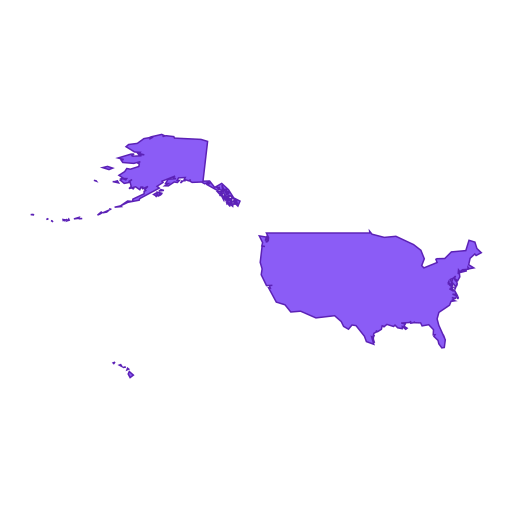 SVG path tracing the border of United States of America
{"feature_id": "USA", "entity_name": "United States of America", "entity_type": "country or territory", "adm_level": 0, "iso_a3": "USA", "parent_name": "North America", "parent_adm1": "", "projection": "robinson", "projection_center": [-126.716, 45.186], "detail": "fine", "context": "isolated", "style": "filled", "palette": "violet", "viewbox_px": 512, "rotation_deg": 0, "n_neighbors": 0, "source": "natural_earth", "source_scale": "50m", "svg_char_len": 6138}
<svg xmlns="http://www.w3.org/2000/svg" viewBox="0 0 512 512"><path d="M451.4,251.9L465.8,250.6L469.0,240.3L474.9,242.1L476.9,248.5L481.3,252.7L476.1,255.5L474.8,254.0L470.1,258.3L468.7,264.7L473.8,267.9L469.2,268.8L468.0,267.3L468.0,269.3L462.6,269.7L459.1,272.3L459.2,270.8L458.5,269.9L458.2,273.4L459.5,274.0L459.8,276.9L457.7,280.7L454.3,278.4L455.6,276.0L453.9,277.6L455.2,280.3L456.7,281.8L457.2,283.5L454.8,289.7L455.2,285.8L451.8,282.1L452.9,278.3L450.4,279.4L452.4,285.1L449.4,283.4L448.5,283.6L449.0,281.8L448.9,281.3L448.2,282.7L448.4,283.9L452.8,286.1L449.2,284.8L453.0,287.6L451.2,288.0L453.5,290.1L453.1,290.4L452.0,289.3L449.4,288.8L452.9,290.9L454.8,290.8L457.7,296.1L455.2,292.1L456.3,294.7L452.5,294.1L456.8,296.0L455.5,298.4L451.9,297.5L454.2,298.8L452.6,299.9L454.9,300.8L451.0,301.4L449.5,305.2L438.9,312.4L437.1,318.9L438.8,325.3L445.3,339.8L444.3,347.5L441.8,347.9L438.8,343.8L438.0,340.4L433.9,336.4L435.0,334.7L433.2,334.8L433.5,329.7L428.7,324.7L422.1,325.9L420.6,322.9L414.0,322.7L414.7,321.6L413.7,322.7L410.8,323.2L410.5,321.0L410.2,322.5L401.2,323.0L405.2,324.1L404.0,326.2L407.1,328.2L405.7,329.3L402.3,326.6L402.2,328.7L397.7,327.8L395.0,325.1L393.6,326.5L386.9,324.4L383.4,327.3L384.3,326.5L382.2,325.8L381.4,329.3L377.6,331.7L375.9,330.6L376.8,331.8L373.9,333.3L373.0,337.3L371.6,336.7L373.8,344.3L366.4,341.6L364.4,336.2L356.0,325.6L352.0,325.0L348.5,329.2L343.6,326.4L341.2,321.5L334.6,315.7L315.9,317.9L300.6,311.2L290.8,312.0L285.0,304.8L276.3,302.1L268.6,287.8L270.3,288.1L269.3,285.5L272.4,285.3L266.5,285.6L261.2,274.7L262.1,268.9L260.2,262.4L262.1,246.2L265.0,246.5L261.8,245.9L262.6,242.6L259.3,235.9L266.5,237.1L265.2,240.6L267.5,238.1L267.4,241.1L265.7,241.8L266.9,241.9L268.2,240.7L268.6,237.7L266.4,233.0L369.8,233.0L369.6,231.2L372.0,234.2L384.3,237.4L395.9,236.3L413.6,244.6L420.9,250.3L424.3,258.8L421.7,265.6L423.9,267.9L437.1,262.5L435.9,259.3L437.0,258.7L444.8,258.5L451.4,251.9ZM240.0,201.1L237.9,206.1L236.2,204.4L237.3,203.6L236.4,200.2L233.7,201.1L232.5,202.5L234.6,199.6L230.3,195.8L228.0,195.3L227.5,193.1L229.3,193.5L227.9,192.3L229.1,192.1L226.3,191.2L226.9,189.2L223.8,189.5L222.0,185.1L222.6,190.4L219.8,189.7L219.2,186.8L218.8,188.1L216.3,186.9L219.3,189.5L217.3,190.4L206.8,184.5L207.9,182.7L208.6,184.3L209.7,183.2L208.2,182.4L204.7,183.8L201.5,182.0L192.1,182.4L189.7,181.0L190.6,179.6L188.5,180.8L184.3,179.3L185.2,177.5L178.5,177.9L177.1,180.4L179.4,180.4L177.4,182.5L174.2,182.0L168.3,185.9L164.8,185.8L168.3,183.5L165.5,183.5L168.1,179.3L175.9,178.7L172.8,177.4L175.1,176.0L162.0,181.2L163.0,182.5L157.0,186.3L159.3,188.1L139.7,198.6L139.2,200.2L127.9,202.3L120.6,205.8L127.6,201.0L132.5,201.4L132.9,199.1L144.1,193.8L144.1,191.3L145.7,190.6L144.8,189.6L147.9,186.4L142.7,188.8L141.8,187.7L143.4,187.1L140.9,187.1L139.8,189.7L135.6,186.8L129.0,188.6L131.2,186.5L129.9,181.3L132.0,179.5L129.0,181.3L129.0,182.5L124.2,183.4L120.2,180.1L122.5,178.6L125.8,179.9L126.7,178.6L121.5,178.4L122.6,177.7L118.9,175.3L124.7,171.6L126.8,168.5L130.3,169.2L138.8,166.5L139.3,164.0L137.9,163.2L140.3,161.6L133.8,163.4L122.8,162.5L121.1,160.1L123.7,159.5L118.0,158.0L131.0,154.1L133.4,154.0L133.6,154.2L131.9,155.7L132.8,156.2L141.5,155.8L139.1,155.0L137.3,152.8L138.1,152.6L140.0,154.6L144.3,154.8L139.4,153.6L140.3,152.3L134.6,152.0L126.0,146.7L128.6,144.5L137.3,143.4L143.9,138.6L149.7,137.6L150.0,138.8L151.8,137.8L149.8,137.4L151.2,136.8L161.7,134.4L164.1,135.5L162.6,136.6L166.0,135.7L173.8,136.6L174.5,138.1L201.0,139.4L207.6,141.4L203.0,181.2L209.6,181.0L214.7,187.4L221.7,183.4L228.5,189.7L233.7,197.9L240.0,201.1ZM157.1,192.1L162.5,193.4L159.9,193.8L160.7,194.5L158.6,195.0L156.8,195.8L155.7,197.1L156.5,196.1L153.6,194.5L156.0,193.1L157.2,194.7L157.1,192.1ZM227.5,199.0L232.3,202.9L231.1,202.4L230.6,202.9L232.9,204.1L232.7,206.3L227.0,201.5L228.6,200.9L226.8,200.7L227.5,199.0ZM130.1,377.6L128.2,374.0L129.3,371.5L133.4,375.1L130.1,377.6ZM102.6,167.6L107.5,166.4L112.7,168.1L109.0,169.6L102.6,167.6ZM217.4,191.7L223.0,191.5L221.6,192.6L223.0,193.9L220.8,193.0L219.5,194.0L217.4,191.7ZM117.4,180.8L118.6,182.9L112.7,181.6L114.7,181.6L117.4,180.8ZM221.2,193.6L223.9,197.3L223.5,199.6L221.1,194.9L219.7,196.0L221.2,193.6ZM223.2,189.9L225.5,190.9L226.9,193.2L225.3,191.4L226.5,194.4L224.6,195.8L223.2,189.9ZM114.6,207.2L120.4,205.9L121.3,206.6L114.6,207.2ZM235.6,200.8L235.8,204.1L233.5,204.1L235.6,200.8ZM464.6,271.2L466.9,270.8L459.0,272.8L465.3,270.4L464.6,271.2ZM226.2,196.0L229.8,196.6L228.4,196.8L228.9,198.4L226.2,196.0ZM102.8,212.8L109.2,210.0L106.7,212.1L102.8,212.8ZM161.0,189.6L163.9,190.4L158.9,191.1L161.0,189.6ZM224.8,196.8L227.0,197.6L225.2,200.2L224.8,196.8ZM102.2,212.7L99.9,214.1L97.5,215.1L101.2,212.0L102.2,212.7ZM231.7,198.3L231.7,200.8L230.5,199.7L231.7,198.3ZM126.9,369.9L127.5,368.2L128.7,369.1L126.9,369.9ZM78.3,218.4L73.9,218.9L78.9,217.4L78.3,218.4ZM228.9,204.1L230.2,206.5L227.8,203.7L228.9,204.1ZM120.7,364.6L121.9,366.5L119.3,365.1L120.7,364.6ZM180.5,183.0L181.9,180.9L182.7,181.2L180.5,183.0ZM30.7,214.6L33.0,214.4L34.0,215.0L30.7,214.6ZM115.0,362.1L113.8,363.6L113.1,362.9L115.0,362.1ZM68.7,219.0L69.2,220.2L67.2,220.8L68.7,219.0ZM65.0,219.8L63.2,220.5L63.0,219.5L65.0,219.8ZM93.9,180.3L96.1,180.8L96.4,181.2L93.9,180.3ZM184.1,180.4L185.7,180.7L183.6,180.8L184.1,180.4ZM230.8,198.6L229.9,199.4L229.4,198.9L230.8,198.6ZM226.7,202.8L228.3,202.8L227.0,203.9L226.7,202.8ZM78.8,218.4L81.0,218.5L82.2,218.6L79.2,218.8L78.8,218.4ZM123.3,367.4L124.8,367.0L125.8,367.2L123.3,367.4ZM67.1,219.3L64.7,220.5L64.7,220.4L67.1,219.3ZM267.1,235.9L268.1,237.8L268.1,238.1L266.7,236.7L267.1,235.9ZM111.3,209.2L110.0,209.5L109.9,209.0L111.3,209.2ZM374.5,342.9L373.3,339.7L373.3,337.9L373.5,339.8L374.5,342.9ZM133.2,188.9L132.5,188.5L134.1,187.9L133.2,188.9ZM52.0,220.8L53.0,221.9L51.1,220.6L52.0,220.8ZM159.4,195.5L158.3,196.0L158.1,195.8L158.5,195.2L159.4,195.5ZM47.7,219.2L46.4,219.4L48.2,218.5L47.7,219.2ZM373.7,336.2L373.3,337.7L374.4,334.9L373.7,336.2ZM443.4,335.0L444.6,337.9L443.2,334.7L443.4,335.0ZM458.3,297.9L457.6,299.0L457.8,296.4L458.3,297.9ZM457.1,284.7L456.4,286.2L457.1,284.1L457.1,284.7Z" fill="#8b5cf6" stroke="#5b21b6" stroke-width="1.5"/></svg>